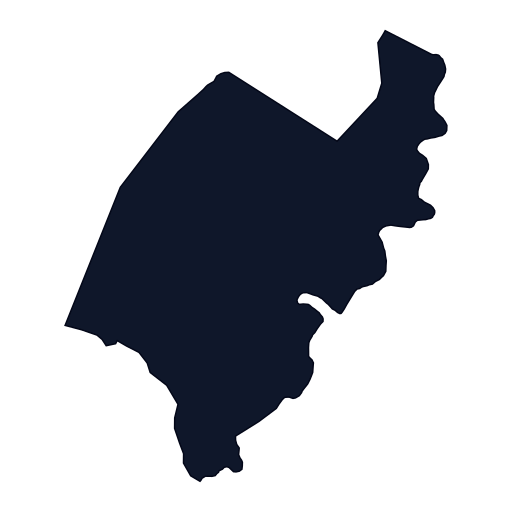 the district of River Doree, Choiseul, Saint Lucia
{"feature_id": "8701671B82289109634820", "entity_name": "River Doree", "entity_type": "district", "adm_level": 2, "iso_a3": "LCA", "parent_name": "Saint Lucia", "parent_adm1": "Choiseul", "projection": "orthographic", "projection_center": [-61.034, 13.767], "detail": "fine", "context": "isolated", "style": "filled", "palette": "ink", "viewbox_px": 512, "rotation_deg": 0, "n_neighbors": 0, "source": "geoboundaries", "source_scale": "gbopen_adm2", "svg_char_len": 3174}
<svg xmlns="http://www.w3.org/2000/svg" viewBox="0 0 512 512"><path d="M385.2,30.7L383.9,33.1L382.5,35.5L377.9,42.7L381.8,83.2L377.2,98.3L337.1,141.2L228.8,72.3L224.8,72.5L220.9,73.7L216.7,76.2L216.0,77.7L214.0,81.4L210.5,83.4L207.6,85.1L206.0,86.6L203.4,89.5L197.8,94.6L178.2,111.8L120.3,187.3L65.1,325.4L81.4,329.7L97.0,335.1L102.1,339.4L106.2,345.7L115.6,343.7L117.2,340.6L126.5,346.0L139.0,352.4L147.2,363.0L150.2,372.5L166.7,385.3L178.0,404.3L174.7,417.9L174.6,428.4L179.6,443.1L183.6,453.7L183.5,463.1L190.7,475.8L200.0,481.3L200.9,480.3L202.1,478.2L204.1,477.0L205.4,476.2L212.0,476.3L215.2,475.6L216.9,473.5L218.5,472.3L218.9,470.9L221.1,469.8L222.4,469.2L224.2,467.3L226.9,466.7L229.1,467.5L231.4,469.7L233.5,471.7L236.0,471.9L239.3,471.2L241.9,469.3L242.3,465.9L242.4,462.3L241.6,460.3L239.9,457.8L238.6,454.6L239.0,450.7L239.2,448.0L236.7,444.4L235.6,440.3L235.5,436.4L236.1,435.7L259.0,421.4L276.3,408.4L279.0,404.1L282.3,399.6L284.6,397.4L287.2,397.1L289.2,397.1L291.8,398.0L293.0,398.4L295.5,397.9L299.3,395.7L301.6,392.6L302.0,391.3L303.9,388.7L306.6,385.3L307.7,383.9L310.1,379.1L311.6,375.3L312.7,372.4L313.2,365.1L313.4,362.9L312.0,359.9L309.9,357.9L308.6,356.4L308.5,347.4L308.8,342.8L309.7,340.3L311.1,338.0L312.1,336.3L312.6,334.8L314.8,332.6L317.2,328.7L320.4,324.2L321.6,322.9L323.0,321.5L323.1,318.9L322.4,317.0L320.2,314.4L319.2,312.8L316.5,310.7L314.6,309.1L312.0,307.4L309.7,305.3L308.2,304.4L306.0,304.2L303.2,304.0L299.3,304.4L297.6,303.0L296.9,300.0L298.2,297.2L299.3,295.5L300.5,294.2L301.8,293.4L302.8,292.8L306.9,292.6L310.3,293.8L312.9,294.8L317.9,296.2L320.5,297.9L320.8,298.0L322.0,298.6L326.5,303.0L328.2,304.3L331.2,307.6L332.3,308.9L335.1,310.3L337.6,312.5L339.9,313.6L341.1,313.4L342.1,312.2L344.2,309.0L346.8,304.3L351.5,296.6L354.7,291.4L357.1,289.0L359.7,288.5L361.5,287.2L363.0,286.6L367.1,285.7L369.1,284.8L372.4,284.1L375.4,281.5L377.6,280.4L379.4,279.5L381.8,277.1L383.4,275.7L385.8,271.3L386.0,265.3L386.3,260.8L385.4,255.9L384.8,251.0L383.7,248.3L382.4,243.3L382.2,242.3L378.0,234.9L378.8,232.1L379.7,230.4L381.2,229.0L382.6,227.5L386.1,225.9L390.9,225.1L395.1,225.8L400.4,226.5L407.3,227.2L409.6,227.5L411.4,227.2L413.5,225.8L415.3,222.0L417.4,220.3L423.3,219.7L425.7,219.6L428.4,218.8L430.6,218.4L432.4,217.3L433.2,215.7L434.3,214.2L434.7,212.7L434.7,212.3L434.7,210.7L433.1,207.8L430.5,205.2L424.3,202.1L421.4,199.6L418.6,198.3L417.8,195.1L417.8,191.6L418.2,189.4L418.8,186.9L419.7,184.5L419.8,183.4L420.2,182.4L421.3,181.4L422.3,179.4L425.8,173.5L428.3,168.9L428.4,164.6L426.3,158.5L422.6,155.3L419.4,153.3L417.3,150.7L416.6,149.2L417.3,146.3L419.1,143.6L420.5,142.1L423.2,140.1L424.8,139.2L427.3,138.9L430.7,138.0L434.9,137.4L439.1,136.1L442.0,135.5L444.3,133.9L445.2,133.2L446.7,130.5L446.9,125.4L445.4,122.5L444.9,121.6L443.5,119.6L442.9,118.5L440.5,116.3L438.0,114.1L435.2,111.0L434.1,109.3L433.8,104.4L433.5,102.4L433.7,97.4L433.6,96.1L434.6,92.5L435.5,90.8L437.5,86.6L440.6,81.9L443.4,77.5L444.0,76.4L444.3,74.6L445.3,72.2L445.6,69.0L444.8,65.1L443.7,62.4L442.6,59.2L440.8,57.7L439.2,55.7L438.3,55.1L436.1,54.6L433.0,54.8L431.5,54.3L431.2,54.2L385.2,30.7Z" fill="#0f172a" stroke="#020617" stroke-width="1.5"/></svg>